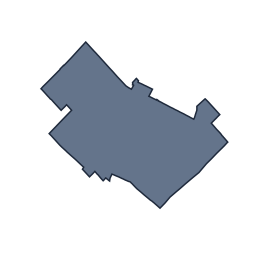 the district of Calarasi, Dolj, Romania, rotated 297°
{"feature_id": "2599482B69375294543440", "entity_name": "Calarasi", "entity_type": "district", "adm_level": 2, "iso_a3": "ROU", "parent_name": "Romania", "parent_adm1": "Dolj", "projection": "robinson", "projection_center": [24.031, 43.789], "detail": "fine", "context": "isolated", "style": "filled", "palette": "slate", "viewbox_px": 256, "rotation_deg": 297, "n_neighbors": 0, "source": "geoboundaries", "source_scale": "gbopen_adm2", "svg_char_len": 3245}
<svg xmlns="http://www.w3.org/2000/svg" viewBox="0 0 256 256"><g transform="rotate(297 128 128)"><path d="M71.1,192.9L78.2,195.1L85.5,196.8L92.8,199.8L96.6,201.4L96.8,201.5L97.5,201.8L104.3,204.5L113.6,208.4L120.0,211.2L120.4,211.4L131.8,214.1L133.0,214.5L138.1,216.2L145.7,218.5L155.9,221.9L159.9,223.0L160.7,223.3L162.9,218.0L163.0,217.5L163.2,217.1L163.3,216.8L163.5,216.6L163.6,216.3L163.7,215.9L163.8,215.5L164.0,215.1L164.0,214.9L164.1,214.7L164.4,214.4L164.5,214.3L164.6,213.9L164.8,213.6L165.0,213.2L165.3,212.4L165.5,212.0L165.5,211.8L165.6,211.7L165.7,211.3L165.9,210.9L166.0,210.5L166.2,210.1L166.3,209.7L166.4,209.3L166.6,208.9L166.7,208.6L166.9,207.9L169.5,201.5L170.1,200.0L170.9,200.3L171.7,200.5L172.6,200.8L173.4,201.1L174.2,201.3L175.1,201.6L176.0,201.9L176.9,202.2L178.7,202.7L179.6,203.0L180.5,203.3L181.6,203.7L184.8,195.3L186.9,189.7L187.6,187.9L188.4,185.5L189.0,183.5L188.9,183.4L178.6,179.5L176.5,180.6L175.0,181.3L173.0,181.6L170.4,182.0L168.5,182.4L166.4,182.6L165.7,182.6L165.7,178.4L165.8,177.7L165.8,175.7L165.8,173.5L165.9,171.4L165.8,166.9L165.9,164.7L165.8,161.2L165.9,159.6L165.8,156.5L165.9,152.1L165.9,150.5L165.9,148.0L166.0,145.8L166.0,145.4L166.0,145.0L165.9,144.6L166.0,144.2L165.9,143.5L165.9,142.8L166.2,142.8L166.5,140.8L165.9,140.8L165.8,137.5L165.8,134.7L165.8,132.8L165.7,132.2L170.4,132.2L171.4,132.2L173.7,132.2L173.6,126.4L173.6,125.6L173.6,124.5L173.5,123.8L173.5,123.1L173.5,122.3L173.5,120.3L173.3,117.1L173.3,116.2L174.3,116.0L174.9,115.8L174.9,115.7L175.5,114.3L176.0,113.0L175.0,112.6L173.6,112.3L172.1,111.8L170.6,111.4L170.3,111.6L170.2,111.7L170.0,111.8L169.7,112.0L169.4,112.3L169.1,112.3L168.8,112.4L168.5,112.4L168.5,112.5L168.6,112.8L168.7,113.3L168.7,113.5L168.4,113.7L168.2,113.7L167.9,113.6L167.5,113.6L164.1,113.4L164.2,110.3L164.3,109.2L164.6,107.0L167.0,100.4L168.8,95.3L171.4,88.7L173.0,84.3L175.6,77.5L179.0,68.6L179.2,67.9L179.9,66.2L180.4,64.8L181.2,62.5L185.4,51.3L178.6,49.4L169.5,46.9L164.5,45.5L161.8,44.7L157.4,43.4L154.6,42.5L154.7,42.3L154.7,42.2L151.4,41.2L150.0,40.7L149.8,40.7L149.4,40.9L133.1,35.7L126.2,33.4L123.5,32.7L123.5,32.8L121.7,37.6L120.1,41.7L119.4,43.7L118.6,45.6L118.5,46.9L117.2,50.2L116.0,53.4L113.9,59.0L113.4,60.4L113.8,60.5L118.2,62.0L120.8,62.7L120.2,64.4L119.2,67.1L118.2,69.7L105.2,65.7L94.9,62.6L90.3,61.2L87.2,60.3L86.2,63.4L85.6,64.9L81.8,74.9L80.8,78.1L79.4,83.2L78.9,84.7L77.3,90.8L76.1,95.5L74.0,102.6L73.2,105.4L73.0,106.3L72.9,106.3L72.6,106.3L71.8,106.3L70.6,106.1L68.4,112.1L67.0,115.9L68.6,116.4L70.3,117.0L72.9,117.8L74.3,118.2L74.0,118.9L73.3,120.6L73.1,121.0L72.8,121.9L72.7,122.5L71.9,124.3L71.0,126.4L70.5,127.7L69.7,129.8L70.5,130.1L71.3,130.3L72.4,130.6L73.3,130.7L73.4,131.0L73.2,131.7L72.8,133.8L72.6,134.4L72.6,134.6L72.5,135.0L72.4,135.7L73.0,135.5L73.5,135.3L74.2,135.1L74.5,134.9L75.2,134.8L76.7,134.7L78.0,134.7L79.6,134.6L79.8,136.4L79.9,138.4L80.0,139.7L80.2,141.7L80.3,145.6L80.4,146.8L80.4,149.3L80.5,150.2L80.6,151.6L80.6,152.5L81.0,154.4L80.9,154.9L80.6,155.5L80.2,157.0L79.5,158.9L78.9,160.6L78.4,162.0L78.1,163.0L77.8,163.9L76.9,168.0L76.4,170.0L75.8,172.3L74.5,178.1L73.9,180.6L73.7,182.6L73.6,183.0L73.5,183.3L73.4,183.7L73.3,184.4L71.1,192.9Z" fill="#64748b" stroke="#1e293b" stroke-width="1.5"/></g></svg>